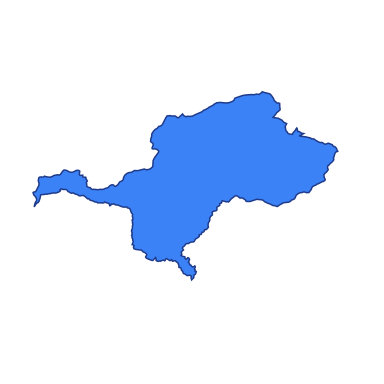 the district of Marulanda, Caldas, Colombia, rotated 65°
{"feature_id": "7082276B71497908860024", "entity_name": "Marulanda", "entity_type": "district", "adm_level": 2, "iso_a3": "COL", "parent_name": "Colombia", "parent_adm1": "Caldas", "projection": "natural_earth1", "projection_center": [-75.264, 5.211], "detail": "fine", "context": "isolated", "style": "filled", "palette": "blue", "viewbox_px": 384, "rotation_deg": 65, "n_neighbors": 0, "source": "geoboundaries", "source_scale": "gbopen_adm2", "svg_char_len": 6067}
<svg xmlns="http://www.w3.org/2000/svg" viewBox="0 0 384 384"><g transform="rotate(65 192 192)"><path d="M138.8,341.4L136.6,337.8L136.5,335.9L135.9,334.7L133.2,332.2L130.6,330.3L131.3,328.0L131.7,327.5L131.9,325.9L132.7,324.4L133.2,321.9L133.7,321.1L133.6,320.3L134.4,317.7L134.9,317.0L135.4,315.7L135.7,313.2L135.6,311.6L135.1,310.6L134.4,310.8L134.2,310.6L133.8,309.2L135.3,307.7L136.1,305.7L137.0,304.7L137.6,304.4L139.2,304.2L140.1,303.3L141.5,302.5L142.3,301.5L142.5,300.1L144.5,298.7L146.1,296.8L147.7,296.0L148.4,294.6L148.6,293.3L149.1,292.1L150.9,290.8L154.0,289.6L154.4,288.4L155.8,288.1L156.9,287.2L158.4,285.3L159.9,284.4L160.8,282.7L162.0,282.1L163.6,278.5L164.3,277.6L164.6,276.3L164.2,275.6L164.4,275.0L165.0,274.7L167.1,272.4L167.8,272.0L169.6,272.4L169.8,271.4L168.9,270.5L168.8,270.2L169.6,268.9L169.8,267.7L171.4,266.7L172.8,264.3L174.7,262.8L176.3,261.1L177.2,259.6L177.9,257.5L179.1,257.3L179.9,256.1L181.6,255.2L182.3,255.5L184.8,255.7L187.2,255.3L188.9,256.4L190.7,256.5L192.4,257.9L192.3,258.2L193.0,258.2L194.9,259.1L196.0,259.0L197.5,260.3L200.3,261.7L201.0,262.9L202.3,263.4L203.5,263.3L203.8,263.8L205.3,264.2L205.7,265.1L206.8,265.1L208.4,265.8L209.5,265.5L210.6,266.1L211.9,266.1L214.4,268.5L214.8,267.9L216.0,267.2L217.3,268.4L218.9,268.6L220.3,267.2L223.4,262.3L225.5,261.7L227.3,260.1L229.0,259.4L230.0,259.7L231.2,261.5L232.4,261.4L234.1,260.2L237.2,257.1L237.5,256.4L236.0,252.7L237.1,252.7L239.0,253.5L240.6,252.1L240.8,250.6L241.5,249.6L241.3,247.6L241.9,246.5L242.8,245.9L242.7,245.3L241.7,244.1L241.6,243.2L244.9,241.0L245.0,240.2L244.6,239.1L245.2,238.9L246.3,239.0L246.7,238.7L246.9,236.8L247.4,236.0L248.6,235.8L250.1,234.8L253.1,234.9L254.5,235.7L255.1,235.5L255.7,234.4L256.1,234.2L258.8,234.6L259.6,234.0L262.2,234.2L263.2,233.2L265.7,231.7L266.6,229.1L268.1,228.2L269.5,229.2L271.5,229.5L270.4,226.6L268.3,225.4L267.9,223.5L266.7,222.6L266.2,221.8L265.7,221.8L264.8,222.8L263.8,222.0L262.7,222.3L261.7,221.0L260.6,220.5L260.2,220.7L260.4,222.1L260.1,223.1L259.4,223.6L257.7,224.0L256.7,224.8L255.2,224.5L254.0,225.0L253.1,223.6L251.9,222.6L250.3,222.9L249.7,223.7L250.5,225.2L250.2,226.1L249.2,226.3L247.6,225.9L246.8,227.1L245.1,228.8L244.8,228.8L244.2,227.6L241.7,227.0L240.9,224.2L239.0,224.5L238.7,224.3L238.1,223.6L237.7,221.8L236.4,219.2L236.7,218.0L237.2,217.0L236.9,214.4L237.8,212.0L237.8,211.0L236.1,208.7L235.9,206.3L235.4,204.3L233.8,203.5L234.3,201.9L233.9,201.0L232.7,200.1L233.1,198.6L232.9,197.8L231.4,196.5L232.1,195.2L231.7,193.7L230.8,192.0L228.8,191.5L226.9,190.2L225.5,188.2L224.4,187.4L223.1,187.0L221.9,185.2L221.5,183.3L220.3,182.7L219.0,182.5L218.7,182.0L218.6,180.2L219.1,178.5L219.1,177.5L218.4,176.7L216.6,176.2L216.2,175.5L215.9,172.8L215.7,172.4L214.2,171.7L214.4,169.9L212.6,168.4L215.4,165.1L215.8,163.9L216.5,163.0L214.8,159.3L213.8,154.8L214.1,153.3L215.4,152.2L217.8,151.1L218.4,149.3L218.8,148.8L221.7,147.0L223.2,146.9L223.6,146.6L225.1,143.5L226.0,136.4L228.6,132.0L229.7,131.0L231.5,130.3L234.5,127.8L235.3,126.8L238.3,124.5L240.0,122.0L241.1,121.1L241.2,119.8L240.7,118.3L240.6,114.9L240.3,114.1L242.1,108.5L242.0,106.6L241.4,105.3L241.6,103.4L241.5,102.0L240.7,100.8L239.0,99.0L238.4,96.7L238.3,94.6L238.9,92.8L239.2,90.5L241.1,88.3L241.9,86.3L240.0,82.7L238.7,81.6L238.0,80.1L238.0,76.6L237.7,75.3L237.9,74.3L237.7,69.3L238.0,68.4L237.6,66.6L237.1,66.0L234.8,66.0L232.3,65.3L231.1,63.2L230.8,61.7L229.4,59.2L229.1,59.0L227.5,59.1L225.6,57.8L225.5,56.6L224.6,54.7L223.9,52.0L222.9,50.1L222.1,49.6L220.7,49.4L220.0,48.3L218.4,47.1L217.1,45.7L216.6,44.8L216.7,42.7L215.2,42.9L213.5,42.6L211.9,43.1L211.2,43.5L210.1,44.7L208.4,44.9L206.7,46.5L205.3,48.0L205.2,50.3L204.8,51.4L202.3,53.0L201.7,53.8L201.4,54.9L201.0,55.4L197.7,57.9L195.4,59.1L194.5,61.0L193.1,61.8L190.1,65.6L187.6,69.6L186.6,70.8L186.3,70.5L186.5,68.7L186.2,66.1L185.1,67.7L182.3,69.5L182.0,70.4L181.3,70.5L179.1,69.9L178.3,70.0L178.9,71.2L179.6,72.0L181.1,75.4L182.2,76.6L180.4,79.5L179.5,80.2L177.6,80.4L175.9,81.0L173.1,80.1L172.4,80.3L170.0,77.3L167.7,79.3L164.8,80.2L161.7,82.6L158.6,87.1L157.0,83.4L155.8,81.6L155.5,79.7L154.6,77.3L152.3,76.6L148.7,75.1L147.9,76.0L147.4,77.1L146.8,77.7L145.5,78.0L144.0,78.9L142.3,78.6L139.7,78.9L136.9,79.5L135.8,80.1L132.6,84.1L130.8,86.0L131.3,86.6L131.9,90.1L130.5,92.1L130.1,94.5L128.7,97.2L126.8,102.3L126.0,105.1L125.4,110.1L125.1,113.4L126.5,115.1L127.0,116.9L126.7,120.9L125.3,124.4L122.7,128.6L121.6,132.0L121.8,134.8L122.3,136.6L122.4,141.1L122.8,142.0L123.0,145.7L122.8,146.9L123.5,149.0L123.3,156.0L123.4,159.5L122.6,162.0L121.4,164.2L121.1,165.9L119.2,167.2L117.3,167.6L119.0,172.8L118.3,173.9L116.4,174.8L116.0,175.2L115.0,177.1L114.6,178.5L113.6,179.3L112.5,182.5L113.9,184.7L118.0,189.9L118.7,191.2L118.9,192.7L118.5,194.4L119.6,196.7L119.7,198.8L120.6,201.2L122.3,203.8L124.7,205.2L126.1,206.6L128.4,208.1L129.2,208.1L131.3,206.9L132.2,207.0L133.5,207.8L135.3,209.7L136.0,209.7L136.6,209.1L137.3,207.2L138.7,205.7L140.6,204.9L141.4,205.1L142.5,206.7L144.9,211.2L147.0,213.9L152.4,216.8L153.4,219.9L153.1,222.4L152.4,224.2L151.0,225.5L149.8,231.9L148.2,235.2L148.6,238.3L147.7,241.2L147.7,243.2L148.1,245.1L148.8,246.4L149.9,247.8L151.8,249.3L152.3,250.3L152.3,253.2L154.0,256.1L154.3,257.1L154.5,259.2L153.7,260.0L152.5,260.1L151.6,261.5L151.5,263.5L152.6,266.5L152.1,268.9L152.1,271.4L150.6,274.5L150.3,276.1L148.0,279.9L147.6,281.3L147.0,281.8L145.0,282.4L144.3,283.6L142.6,284.9L139.7,283.9L138.8,283.9L137.8,282.2L135.8,282.4L135.4,282.7L134.1,282.0L133.7,282.1L132.7,284.1L132.3,284.5L130.5,283.9L130.4,284.6L129.6,286.6L128.3,286.6L125.7,284.9L124.9,285.3L124.2,286.0L123.5,287.8L123.7,291.2L123.4,292.6L122.1,294.6L119.7,296.3L118.6,297.6L118.0,298.7L118.1,299.4L118.4,300.3L120.4,303.7L120.6,305.1L119.5,306.7L118.6,310.5L118.9,311.9L118.6,314.5L116.7,317.5L115.3,319.0L115.6,320.4L115.3,321.4L114.6,322.2L114.1,324.0L114.5,325.0L116.9,326.6L119.6,327.0L121.3,328.0L125.6,333.5L125.2,335.5L125.2,336.0L125.5,336.4L127.9,336.6L130.2,335.8L132.8,335.8L134.1,336.5L135.4,338.6L138.8,341.4Z" fill="#3b82f6" stroke="#1e3a8a" stroke-width="1.5"/></g></svg>